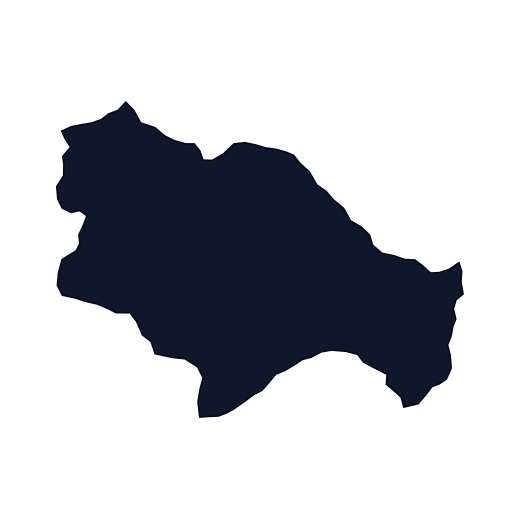 the district of Acaiaca, Minas Gerais, Brazil, rotated 351°
{"feature_id": "56859067B86255168283316", "entity_name": "Acaiaca", "entity_type": "district", "adm_level": 2, "iso_a3": "BRA", "parent_name": "Brazil", "parent_adm1": "Minas Gerais", "projection": "orthographic", "projection_center": [-43.099, -20.398], "detail": "fine", "context": "isolated", "style": "filled", "palette": "ink", "viewbox_px": 512, "rotation_deg": 351, "n_neighbors": 0, "source": "geoboundaries", "source_scale": "gbopen_adm2", "svg_char_len": 1626}
<svg xmlns="http://www.w3.org/2000/svg" viewBox="0 0 512 512"><g transform="rotate(351 256 256)"><path d="M455.4,294.3L444.4,299.5L434.4,301.0L425.7,300.1L419.1,291.9L412.3,284.7L402.3,282.7L392.1,277.2L380.9,273.0L372.9,263.6L371.4,252.9L364.7,244.0L355.1,236.2L350.0,222.6L341.1,212.5L335.5,203.3L327.2,195.3L321.9,181.3L313.8,171.2L308.9,162.3L301.6,157.9L292.9,153.9L282.4,150.7L273.7,146.5L262.8,142.3L251.8,141.8L239.7,150.1L227.5,154.7L218.6,152.9L216.9,143.3L212.5,135.6L204.2,134.2L193.0,129.1L184.3,122.8L176.3,113.4L162.9,106.5L158.0,92.9L151.5,83.6L142.3,90.7L132.8,92.5L124.5,97.1L114.5,98.9L104.9,99.0L93.6,99.4L83.5,102.3L86.1,111.2L90.0,119.4L80.8,127.3L80.5,135.9L78.6,146.5L70.0,156.2L69.1,168.8L72.2,178.6L80.3,184.1L88.8,183.5L95.3,189.7L90.9,197.7L84.4,207.3L83.9,216.1L79.2,222.8L71.3,225.9L63.9,229.2L58.3,241.7L55.2,253.9L58.6,264.5L71.2,269.3L79.7,273.8L91.4,278.5L101.4,284.6L108.9,290.1L122.7,292.4L127.9,302.2L131.5,316.2L139.0,324.1L141.0,336.7L150.2,340.3L157.7,343.2L169.7,346.4L180.8,356.2L184.7,367.8L179.9,378.9L175.8,391.2L175.2,406.4L183.3,407.0L193.9,408.2L202.2,406.4L210.0,403.7L220.5,398.6L232.1,392.5L240.9,389.6L249.2,382.7L257.0,375.8L267.0,373.4L276.7,369.6L285.4,365.5L294.6,364.6L305.4,360.9L316.0,360.8L329.9,364.2L341.1,369.1L345.5,377.6L356.0,385.4L366.9,393.4L364.7,403.2L371.3,410.6L377.4,418.6L378.3,428.4L393.0,427.3L402.6,419.1L409.2,412.6L417.0,411.0L424.8,407.4L431.3,397.2L432.3,384.2L431.3,373.8L436.2,365.5L439.3,356.6L443.5,349.4L442.7,339.0L446.8,330.5L454.6,326.0L454.4,313.8L456.8,303.2L455.4,294.3Z" fill="#0f172a" stroke="#020617" stroke-width="1.5"/></g></svg>